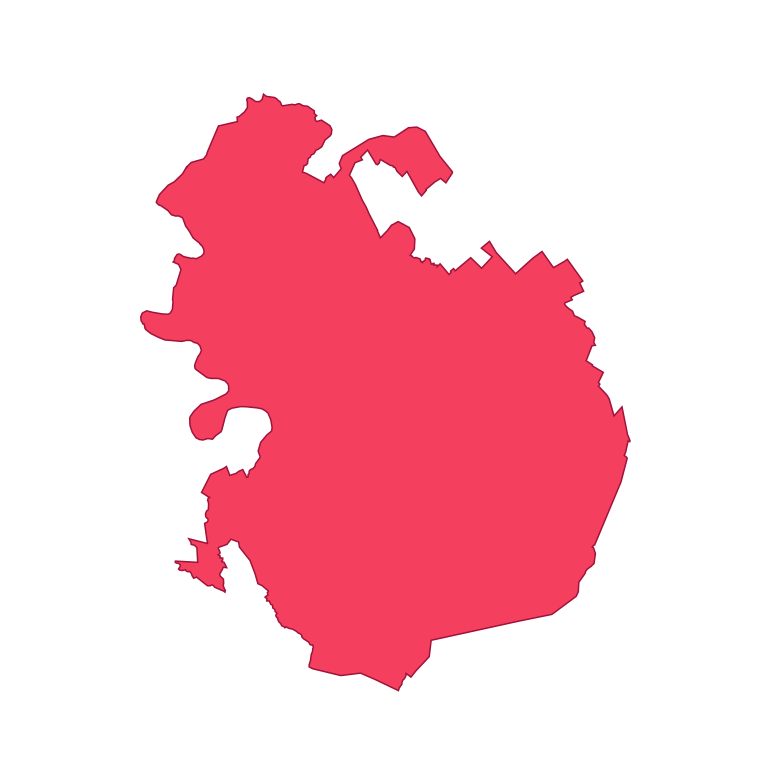 Acala, Chiapas, Mexico (Mercator projection), rotated 171°
{"feature_id": "50627088B13121801882345", "entity_name": "Acala", "entity_type": "district", "adm_level": 2, "iso_a3": "MEX", "parent_name": "Mexico", "parent_adm1": "Chiapas", "projection": "mercator", "projection_center": [-92.809, 16.528], "detail": "fine", "context": "isolated", "style": "filled", "palette": "rose", "viewbox_px": 768, "rotation_deg": 171, "n_neighbors": 0, "source": "geoboundaries", "source_scale": "gbopen_adm2", "svg_char_len": 6159}
<svg xmlns="http://www.w3.org/2000/svg" viewBox="0 0 768 768"><g transform="rotate(171 384 384)"><path d="M457.7,689.1L459.8,684.2L462.8,682.4L466.7,683.1L469.6,686.1L472.2,687.9L474.2,687.7L475.1,686.3L474.9,683.8L475.7,678.3L479.3,674.5L485.5,670.8L487.4,670.6L487.7,666.1L507.1,664.8L522.3,640.5L523.3,638.1L527.0,634.5L539.7,633.0L543.6,630.2L544.9,628.7L545.1,629.2L550.1,623.1L559.4,616.6L566.1,614.1L576.2,606.2L580.3,599.7L580.4,598.8L578.5,596.1L576.4,595.0L570.1,588.9L567.5,584.4L563.6,582.5L560.5,582.1L557.3,579.9L556.7,578.8L555.2,571.0L552.8,566.3L549.6,558.0L544.2,552.0L543.4,550.2L542.4,549.3L541.2,546.2L541.0,543.1L541.6,541.0L544.4,538.8L549.7,537.1L553.3,538.3L554.6,538.2L559.5,540.2L560.1,540.1L561.2,541.0L562.6,541.3L562.8,542.0L565.3,544.1L566.2,544.5L568.1,544.3L571.3,540.8L571.6,538.9L573.2,537.5L568.2,534.3L566.6,528.8L573.8,514.1L576.7,512.0L579.7,500.2L579.4,498.6L581.4,490.7L584.0,487.5L586.1,486.7L591.8,487.8L601.3,491.0L606.9,493.4L611.1,492.1L612.0,491.4L613.8,488.2L614.0,484.6L612.6,480.9L611.8,481.0L611.5,480.4L611.3,476.1L610.6,474.8L606.4,470.3L600.1,465.8L593.6,461.8L577.0,457.7L572.1,458.0L567.8,457.1L565.2,454.8L561.9,453.4L559.8,450.3L559.1,445.7L561.1,442.5L563.4,440.3L567.1,434.2L568.2,431.5L568.2,429.1L567.6,427.9L558.4,418.6L556.9,417.7L554.2,416.6L546.8,415.4L540.5,411.9L538.1,408.3L537.8,405.9L538.6,401.4L541.5,398.9L554.2,394.8L567.8,392.5L575.9,386.9L580.4,382.3L581.3,380.4L582.1,373.3L580.9,366.3L578.1,360.3L574.9,358.0L571.4,357.0L566.6,357.7L562.0,356.3L558.5,359.2L552.5,362.3L551.3,364.1L546.4,375.4L542.6,382.4L538.0,383.9L529.4,384.1L524.1,383.2L513.1,380.3L508.5,378.6L505.4,376.1L503.1,373.4L501.4,366.4L501.3,358.5L502.3,355.5L502.9,354.8L507.4,352.2L515.0,345.6L518.8,337.4L517.7,331.7L518.1,330.6L523.2,325.5L524.6,322.5L526.8,320.9L529.2,320.4L530.8,319.0L531.4,316.4L532.4,315.8L532.9,313.3L534.2,313.3L536.9,321.6L541.0,320.5L544.2,318.8L550.6,317.9L552.5,327.2L555.4,325.8L569.3,321.9L581.2,305.4L574.1,299.2L575.5,298.8L576.5,296.4L576.1,295.8L576.0,293.0L577.2,287.4L579.2,286.2L580.7,283.5L580.7,280.8L580.3,279.7L579.0,278.3L579.1,276.9L579.4,276.0L580.7,275.1L583.0,274.4L583.3,254.1L601.0,261.7L599.4,257.7L599.6,255.9L599.1,255.4L596.6,254.5L594.4,251.7L595.9,237.0L617.7,241.7L618.1,240.5L617.0,239.6L615.0,238.9L613.6,237.4L613.7,235.9L615.9,233.4L615.1,232.2L612.3,231.3L609.1,231.5L608.4,229.9L606.4,229.1L605.2,229.2L604.1,227.5L603.4,224.2L602.3,221.9L599.4,222.6L590.0,212.4L587.4,211.9L585.3,212.6L583.9,211.4L583.1,209.8L574.6,204.4L573.7,203.3L572.9,205.1L573.6,206.2L574.3,210.1L573.5,212.3L573.1,216.4L575.9,220.0L575.9,222.5L574.6,223.5L574.0,224.9L573.1,225.4L571.7,227.8L571.1,228.0L568.1,227.2L569.7,232.4L570.1,233.1L571.9,233.8L572.0,234.4L570.9,235.3L570.5,237.3L573.3,238.0L572.7,239.7L574.6,241.1L574.4,241.6L572.8,242.0L572.3,242.9L572.6,245.5L573.4,246.9L573.3,247.7L572.9,248.5L564.1,250.2L559.5,254.6L552.3,250.7L552.3,245.5L543.9,230.6L541.0,216.6L539.8,206.5L535.9,203.9L530.7,197.8L530.7,197.3L531.9,196.2L531.6,193.7L534.5,192.5L534.8,191.8L533.3,190.5L533.7,188.0L531.3,187.7L530.2,183.9L528.7,183.0L528.9,180.2L527.1,178.4L527.1,176.2L525.6,174.5L525.6,173.9L526.8,173.1L527.1,171.9L526.5,170.3L525.6,169.3L525.8,168.3L525.0,165.4L523.6,163.6L522.8,161.1L520.9,160.0L520.0,158.7L518.7,159.4L516.1,157.5L512.7,156.2L509.3,153.5L507.5,151.3L505.7,150.3L504.5,148.4L504.8,147.1L503.2,144.8L498.7,140.8L497.9,138.3L496.9,137.6L495.3,137.5L495.0,135.0L495.8,133.7L496.4,131.1L498.1,128.4L499.8,122.7L501.9,118.2L502.2,116.3L498.9,113.9L472.3,102.8L452.4,102.1L439.8,94.1L417.7,78.9L416.6,81.3L413.3,84.7L412.9,86.5L411.6,88.7L410.1,89.6L408.7,91.3L407.8,93.0L407.5,94.6L403.2,90.3L397.2,95.8L382.0,107.6L377.5,123.5L288.1,128.7L254.2,130.2L227.4,144.2L224.6,148.4L222.6,157.7L215.2,165.3L213.7,168.0L211.9,169.5L207.8,171.6L204.6,173.9L201.7,183.6L202.7,189.5L203.9,190.2L202.2,192.0L201.1,192.1L165.3,250.1L155.4,272.7L156.2,274.2L157.9,275.7L155.9,279.1L151.9,289.4L150.3,288.6L149.9,289.5L151.4,296.1L152.5,324.2L161.8,316.5L163.9,333.8L165.1,337.2L166.9,340.2L172.5,348.3L170.8,350.1L172.0,351.9L165.6,361.1L175.5,369.4L175.1,370.4L180.7,375.3L172.5,389.3L169.2,389.1L170.3,392.3L168.7,396.8L170.5,403.3L173.1,407.2L174.7,407.5L175.1,408.2L176.7,411.7L175.6,414.4L182.1,419.6L185.3,421.6L186.4,426.5L190.0,429.9L192.3,432.8L193.2,434.7L192.6,435.8L184.9,437.7L185.9,440.3L183.1,441.5L172.3,444.4L174.9,453.2L171.5,454.6L183.4,478.5L186.8,476.8L198.4,472.4L207.2,490.2L217.6,484.8L236.8,472.3L252.6,496.3L257.5,508.4L266.6,503.0L257.2,492.7L269.5,483.1L278.6,495.2L296.0,484.7L297.3,487.1L300.6,485.1L300.2,483.9L302.6,482.0L309.8,493.9L313.1,491.6L313.0,493.1L316.2,493.8L315.7,495.3L316.6,495.5L317.9,494.7L318.6,495.1L319.1,499.7L319.7,499.7L319.8,500.6L323.1,501.9L323.6,501.3L324.0,499.7L326.7,498.8L326.9,497.9L327.6,498.2L328.6,499.5L328.3,500.3L328.7,500.5L328.8,501.9L332.7,504.0L334.3,503.7L336.0,505.2L336.1,505.8L338.0,507.1L332.9,512.5L330.8,522.6L334.6,534.6L344.6,542.2L351.9,539.6L356.3,535.3L364.7,528.9L366.6,536.5L366.3,536.7L372.1,554.4L373.9,561.3L376.9,569.6L381.0,585.2L383.8,592.6L385.5,595.6L378.0,607.1L370.3,608.8L371.6,611.6L363.6,617.6L357.4,602.3L356.1,601.6L354.3,602.8L352.6,606.2L351.4,605.5L343.5,598.9L341.0,598.1L340.9,596.9L339.2,596.2L337.9,592.1L333.5,586.1L328.1,590.4L320.0,568.3L317.5,563.9L311.9,568.7L312.2,569.6L302.2,575.6L295.9,578.2L291.4,573.0L283.7,581.5L283.2,582.8L293.1,600.0L303.7,627.1L311.3,632.6L319.7,633.3L335.2,626.3L346.3,629.6L360.7,628.0L389.3,616.0L393.7,608.8L392.6,603.3L401.4,595.8L403.8,599.5L406.5,598.3L409.0,596.9L409.8,594.8L411.8,592.2L427.8,604.2L431.4,606.0L428.8,612.2L426.7,612.4L425.0,613.8L423.7,618.5L421.4,619.5L420.1,621.6L417.2,622.4L414.5,625.6L412.3,626.1L408.4,628.0L404.0,634.3L398.5,637.4L397.0,639.1L395.7,643.5L397.0,647.6L404.5,654.4L409.5,653.8L410.5,655.3L410.4,657.9L410.3,658.5L408.5,659.5L410.5,662.0L410.1,664.6L416.0,670.3L420.4,671.5L423.6,674.0L425.3,674.2L428.3,673.6L431.0,674.6L440.6,674.6L441.5,675.3L442.4,679.0L444.0,680.4L445.4,682.5L447.3,684.1L455.2,686.5L457.7,689.1Z" fill="#f43f5e" stroke="#9f1239" stroke-width="1.5"/></g></svg>